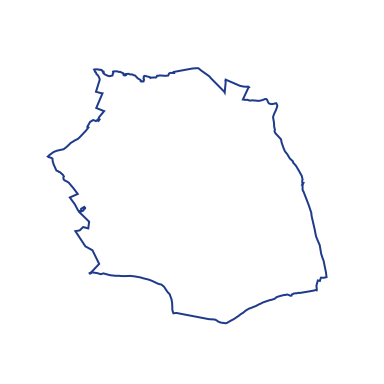 outline of CUT, Alba, Romania, rotated 191°
{"feature_id": "2599482B25854824104910", "entity_name": "CUT", "entity_type": "district", "adm_level": 2, "iso_a3": "ROU", "parent_name": "Romania", "parent_adm1": "Alba", "projection": "natural_earth1", "projection_center": [23.668, 45.952], "detail": "fine", "context": "isolated", "style": "outline", "palette": "blue", "viewbox_px": 384, "rotation_deg": 191, "n_neighbors": 0, "source": "geoboundaries", "source_scale": "gbopen_adm2", "svg_char_len": 4092}
<svg xmlns="http://www.w3.org/2000/svg" viewBox="0 0 384 384"><g transform="rotate(191 192 192)"><path d="M305.4,272.1L300.7,271.7L298.7,271.8L302.0,256.2L293.7,254.6L297.4,247.9L297.9,246.0L296.6,245.6L297.3,243.9L299.1,244.2L299.8,243.3L302.7,243.8L305.4,241.4L307.2,236.0L306.0,235.6L307.8,232.0L313.0,223.8L314.4,222.1L316.6,220.5L320.6,216.8L321.6,215.2L324.0,211.9L326.2,209.5L332.6,206.7L335.4,204.9L338.8,201.3L340.3,199.3L339.4,198.9L336.8,198.7L335.4,198.2L334.3,194.8L333.5,193.7L333.4,193.1L329.2,187.2L327.2,186.8L326.7,186.4L325.5,186.3L322.1,184.3L320.7,182.8L321.0,182.2L320.9,181.0L320.7,180.7L320.4,179.8L319.0,179.0L316.7,178.4L316.2,178.2L314.7,177.6L308.9,172.9L303.8,168.3L310.9,163.3L304.5,157.4L300.7,152.6L299.0,151.3L297.2,153.1L297.6,154.4L295.0,156.8L293.9,156.1L293.8,155.4L294.5,155.0L295.2,153.0L298.7,150.7L287.3,143.2L286.9,136.5L292.2,136.8L294.9,132.9L299.0,131.3L286.3,118.3L278.6,115.8L269.4,103.7L275.6,94.0L277.0,92.8L276.5,92.4L275.6,93.1L275.0,94.0L269.8,94.3L265.9,93.9L263.4,95.2L256.6,94.7L251.5,95.1L247.0,95.9L245.4,96.0L242.0,96.6L239.4,97.2L236.5,97.9L232.3,98.2L228.5,98.3L225.9,98.3L223.6,98.0L220.5,97.9L217.5,97.7L214.1,97.1L207.5,95.4L204.3,95.3L201.3,93.6L198.1,90.3L196.6,88.9L194.5,87.5L191.6,82.7L190.3,79.2L188.7,72.2L187.1,69.4L184.2,70.3L151.1,70.4L146.8,71.0L144.9,71.1L143.4,70.7L141.3,69.7L138.8,69.3L133.7,69.6L132.4,70.4L129.5,73.0L126.7,75.2L123.5,78.4L122.3,79.6L120.9,81.3L118.6,83.4L117.4,84.9L116.6,85.9L113.8,88.4L111.9,89.4L109.5,91.1L107.7,92.1L106.2,93.4L105.2,94.2L104.2,94.9L103.0,95.7L102.2,96.5L101.1,97.2L99.9,97.9L98.9,98.5L97.4,99.4L96.0,100.1L94.6,100.9L93.2,101.4L91.5,102.4L90.7,102.8L90.1,103.4L89.0,104.8L88.5,105.2L84.9,107.1L83.9,107.6L81.3,108.7L80.7,108.7L79.7,109.3L79.2,109.5L78.3,109.5L76.8,109.2L75.8,109.0L74.8,109.1L74.6,109.2L74.4,110.4L74.3,110.6L73.3,111.2L73.1,111.5L72.7,111.8L72.0,112.0L71.3,112.3L70.7,112.3L69.8,112.6L69.2,112.9L68.4,113.2L68.0,113.4L66.8,113.5L62.5,115.1L59.3,116.3L57.7,116.9L56.2,117.5L53.6,118.5L51.8,119.5L50.9,119.3L50.9,119.5L50.8,119.8L51.8,123.2L51.9,123.6L52.0,124.0L51.6,129.2L49.5,129.1L49.1,132.5L46.1,133.0L43.7,134.1L45.1,138.5L49.7,149.6L51.6,152.7L53.4,156.0L56.5,164.2L59.7,168.9L61.4,171.5L62.5,173.8L64.4,178.6L69.6,190.3L70.6,192.9L70.8,194.1L75.2,201.9L82.7,213.8L83.3,214.3L83.9,215.5L84.8,219.9L84.5,221.3L85.2,220.8L85.0,222.3L85.6,222.5L86.0,224.3L85.8,225.3L87.3,228.7L91.3,233.5L95.1,237.7L98.4,240.2L98.9,241.4L102.4,243.6L105.7,247.3L107.9,249.1L108.7,249.9L110.6,252.7L113.6,257.9L114.2,259.6L114.8,260.8L121.1,265.4L122.2,266.7L122.6,267.5L122.5,269.0L123.9,272.0L124.4,274.4L125.0,276.4L125.9,278.7L126.7,280.9L126.6,282.5L126.2,284.7L125.3,288.2L124.7,292.0L124.7,292.9L125.3,294.0L126.2,295.2L129.6,293.8L130.7,293.4L132.5,293.5L133.5,293.7L134.9,295.3L135.9,296.9L137.0,297.4L138.2,297.1L140.8,295.4L143.3,294.4L144.4,294.1L146.7,293.9L150.2,293.5L153.0,292.7L155.0,293.1L157.4,292.6L159.7,292.5L156.6,304.9L156.7,305.3L156.1,305.7L156.8,306.2L159.2,305.6L162.2,305.3L165.3,305.4L176.2,307.8L180.4,308.7L180.5,307.7L179.9,306.3L178.9,295.9L179.6,296.7L195.0,307.2L197.1,308.9L206.2,313.0L209.3,314.7L211.3,314.4L215.4,313.2L232.8,306.4L232.3,305.4L235.9,304.8L237.0,304.1L237.6,301.8L240.5,300.9L245.9,300.3L247.0,299.7L248.4,299.5L248.7,298.3L249.4,297.4L250.3,297.4L253.8,296.5L254.6,296.0L255.1,296.7L260.5,297.0L261.4,296.3L261.1,295.0L261.3,294.4L260.4,292.9L260.9,292.2L260.7,291.3L261.9,290.9L262.6,290.9L263.4,290.9L263.4,291.6L263.9,292.1L266.9,293.2L270.1,295.5L271.2,295.5L273.4,296.0L274.9,295.6L277.0,295.9L279.6,295.1L279.1,294.2L280.0,293.6L281.1,293.6L281.7,294.0L281.6,294.5L282.1,295.4L285.5,296.2L286.7,295.9L288.4,296.2L292.1,295.4L292.5,295.1L292.0,293.7L292.3,293.1L292.2,292.3L292.3,291.2L294.9,290.0L296.8,290.0L300.3,290.9L301.7,291.8L301.4,292.7L301.9,293.4L302.8,293.2L303.7,294.4L305.5,294.6L305.8,294.3L308.1,294.4L310.3,294.0L311.4,293.5L310.8,292.9L310.3,291.6L309.2,291.1L308.3,289.6L306.3,288.3L304.7,286.2L304.0,284.6L304.1,283.6L305.4,272.1Z" fill="none" stroke="#1e3a8a" stroke-width="2"/></g></svg>